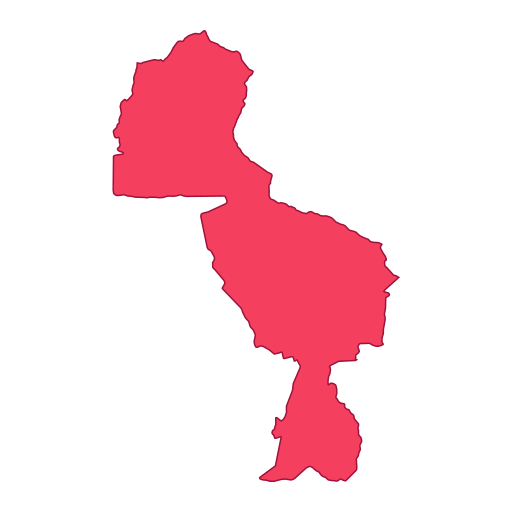 an SVG outline of Midlands
{"feature_id": "ZWE-527", "entity_name": "Midlands", "entity_type": "Province", "adm_level": 1, "iso_a3": "ZWE", "parent_name": "Zimbabwe", "parent_adm1": "", "projection": "robinson", "projection_center": [29.518, -19.087], "detail": "fine", "context": "isolated", "style": "filled", "palette": "rose", "viewbox_px": 512, "rotation_deg": 0, "n_neighbors": 0, "source": "natural_earth", "source_scale": "10m", "svg_char_len": 6049}
<svg xmlns="http://www.w3.org/2000/svg" viewBox="0 0 512 512"><path d="M349.2,230.1L354.6,231.6L356.3,232.4L357.9,234.1L360.4,236.1L364.8,238.1L368.2,239.3L370.3,241.5L371.0,241.8L374.1,242.4L376.8,242.5L378.9,242.8L381.9,244.2L380.6,246.6L380.5,247.8L380.8,248.9L382.9,252.8L385.3,256.3L386.3,259.0L386.2,260.1L385.0,260.7L384.6,262.4L384.5,263.1L384.8,264.3L384.6,265.2L384.8,265.8L387.2,268.0L393.4,275.0L396.3,275.9L398.8,277.4L384.8,289.9L383.8,291.4L384.9,292.0L388.0,292.8L388.7,293.2L389.3,294.0L389.4,294.8L388.9,295.7L385.9,297.6L385.7,298.6L385.5,308.0L384.4,314.1L385.1,317.6L385.1,320.0L383.4,329.3L383.3,333.7L382.2,337.3L381.9,339.5L382.2,342.7L383.0,343.7L383.2,344.1L383.0,344.6L381.4,345.4L378.5,346.2L377.2,346.3L376.0,346.2L373.0,345.3L369.5,343.3L360.0,343.6L359.1,344.2L358.0,346.5L357.9,347.1L358.2,348.2L358.7,348.8L358.7,349.8L359.3,351.0L359.2,351.6L358.4,352.9L356.0,354.8L355.8,355.3L355.6,356.9L355.8,357.7L355.4,359.4L356.6,359.7L356.1,360.2L354.9,360.5L338.7,361.3L330.6,365.4L329.9,366.0L329.5,366.6L330.1,367.4L330.5,369.9L329.8,374.0L328.6,376.4L328.0,381.1L328.1,384.4L328.4,384.7L329.0,384.4L330.8,383.2L332.4,383.3L334.0,383.9L335.4,384.8L335.9,385.6L336.7,388.9L336.8,393.5L336.0,396.3L336.0,397.6L336.2,398.2L337.1,398.9L338.4,401.4L339.6,402.5L341.6,403.4L343.5,403.6L344.5,404.0L344.7,404.5L344.6,406.4L345.0,407.5L345.7,408.4L346.5,409.1L348.3,409.5L349.2,410.1L350.5,412.7L353.5,415.1L353.9,416.2L354.3,418.8L358.5,423.9L358.6,425.4L358.0,427.7L358.0,428.5L358.5,430.3L358.5,433.8L359.1,435.5L360.9,437.5L361.7,440.6L361.5,441.9L360.2,444.4L359.8,445.8L360.3,448.8L360.1,450.2L359.0,452.4L358.3,455.9L356.8,458.0L356.3,459.2L356.8,467.6L356.6,469.5L355.8,470.7L345.9,480.6L345.0,480.8L343.0,480.2L341.1,479.0L340.3,479.1L337.7,480.8L336.4,481.1L333.8,480.6L331.9,480.6L328.4,479.9L327.5,479.3L325.9,477.6L323.1,476.5L321.9,475.7L320.9,474.8L319.0,472.1L316.3,470.8L312.3,467.3L310.9,466.6L309.7,466.5L308.7,466.7L306.4,467.8L294.6,478.5L292.6,479.6L290.6,479.9L285.6,479.1L284.0,479.1L280.9,479.5L274.0,481.3L269.9,481.2L266.2,480.2L263.0,479.9L261.0,479.3L259.9,478.7L259.6,477.8L260.9,476.6L275.1,466.1L275.5,465.4L281.1,437.5L281.0,436.8L280.4,436.7L276.2,438.2L275.3,438.3L274.7,438.0L274.0,435.8L272.1,433.3L272.0,432.7L272.2,431.7L272.7,430.5L274.0,429.7L274.6,429.0L274.6,427.6L275.6,425.1L275.8,423.9L275.8,417.8L276.4,417.6L277.2,417.9L280.5,420.5L281.5,420.9L283.0,419.7L284.7,417.4L285.4,415.7L286.5,412.4L286.4,407.7L286.5,406.0L292.5,390.4L293.3,383.5L299.9,368.2L300.2,367.0L300.2,365.9L297.1,360.1L296.3,360.1L294.9,361.1L294.2,360.9L293.5,358.1L292.8,356.8L291.4,356.7L284.4,358.6L283.5,358.3L282.0,352.2L280.9,352.2L279.4,352.9L274.3,354.0L269.2,349.8L262.7,346.2L260.3,345.9L258.6,346.8L256.9,347.3L255.8,347.0L254.7,344.8L254.2,342.4L254.2,341.0L255.3,335.4L255.2,334.5L253.4,330.1L250.7,327.2L249.9,325.8L249.0,322.3L248.2,320.8L245.9,318.5L245.1,317.2L242.7,312.3L241.7,309.1L240.3,307.3L222.7,289.0L222.2,288.2L224.4,284.3L224.7,283.5L224.7,282.1L224.4,281.3L223.8,280.2L214.8,269.5L213.6,268.5L212.7,267.2L212.6,262.6L214.2,260.1L214.5,257.5L214.1,256.5L211.2,251.3L210.5,250.5L208.6,249.6L207.8,248.7L207.2,247.4L200.9,216.9L201.0,214.8L201.7,213.8L202.7,213.3L208.1,211.9L225.6,203.8L226.5,203.0L227.0,201.7L226.9,200.7L226.5,199.4L225.2,196.6L224.5,196.1L223.5,196.0L186.1,196.4L182.8,195.7L181.2,194.9L180.0,194.8L177.3,195.7L173.8,196.2L167.5,196.1L162.9,197.5L158.8,197.7L155.5,197.3L150.3,197.2L146.8,197.8L144.9,197.5L134.9,197.1L131.7,196.3L127.6,196.0L124.2,194.7L118.3,195.5L117.0,195.5L115.6,195.1L113.7,193.5L113.2,190.2L113.5,156.5L113.9,155.9L114.4,155.5L117.2,154.9L122.6,154.2L123.1,153.9L123.3,153.6L123.0,152.7L122.5,152.3L119.1,151.1L118.0,150.3L117.6,149.6L117.5,148.9L117.7,148.3L119.6,146.5L120.0,145.4L120.0,144.1L119.4,142.5L119.3,138.8L119.1,138.0L118.7,137.5L118.1,137.4L116.6,137.9L115.9,137.8L114.9,137.1L114.3,135.8L113.5,132.4L113.4,131.2L114.1,130.0L116.4,127.8L116.9,126.7L117.3,124.7L118.0,123.9L118.9,123.4L119.2,122.9L119.3,122.2L119.1,119.6L119.9,117.2L121.2,114.5L121.3,113.7L121.3,112.7L120.2,106.4L121.2,102.6L123.8,100.0L124.7,99.5L125.6,99.8L126.4,100.6L126.8,100.7L127.2,100.5L129.8,97.9L132.6,94.6L132.7,93.0L132.1,90.4L132.1,89.5L133.2,84.9L134.1,82.9L133.7,77.9L135.1,73.4L135.9,72.0L135.9,70.5L137.0,67.1L137.2,62.9L140.5,63.5L141.8,63.2L143.0,62.5L153.2,59.9L154.8,59.7L158.6,60.4L159.2,60.3L160.4,59.7L160.9,59.7L162.7,61.2L163.3,61.2L163.7,61.0L165.0,59.2L167.3,57.4L171.2,52.0L173.3,47.6L177.2,42.4L178.2,41.5L179.6,41.1L182.6,41.4L183.5,40.7L185.0,38.4L188.7,35.7L194.2,33.7L196.0,33.5L198.8,34.0L200.2,33.8L203.8,30.9L204.3,30.7L204.8,30.8L205.9,32.1L206.7,34.9L208.1,37.3L208.7,39.0L209.9,40.8L210.7,41.5L217.6,44.1L220.5,46.7L223.3,47.5L225.5,49.2L231.8,51.7L233.6,51.9L236.2,51.2L237.0,51.3L238.2,52.1L239.9,53.7L240.6,55.3L241.4,58.9L242.0,60.5L248.7,69.0L250.3,69.9L252.1,70.6L252.8,71.1L253.1,71.6L252.1,74.0L251.4,74.8L248.9,76.7L247.0,80.4L245.4,81.8L244.7,82.7L244.5,83.3L244.9,84.7L246.4,86.6L246.7,89.8L246.4,92.7L246.3,95.5L246.0,96.8L245.2,98.3L243.2,100.1L243.2,101.5L244.7,103.3L244.9,104.0L244.2,105.7L241.6,108.5L240.8,112.7L238.9,115.6L238.3,117.4L237.1,119.5L234.5,126.7L233.6,128.2L233.3,130.0L232.9,131.0L232.8,131.8L233.5,134.7L233.5,137.3L234.4,140.2L235.2,141.5L237.0,143.6L237.2,145.6L237.6,146.7L240.3,149.4L241.7,152.3L244.3,155.4L247.9,157.7L250.1,161.0L250.9,161.4L253.6,162.3L267.3,172.0L271.1,173.9L271.7,174.5L272.0,175.1L271.9,176.5L270.6,180.9L270.5,183.3L269.3,184.7L268.9,185.7L269.2,191.7L269.0,195.3L269.6,197.1L270.3,198.5L271.0,199.1L273.9,200.2L277.8,202.8L278.8,203.3L280.8,202.7L283.9,203.3L285.6,203.8L286.8,204.6L288.9,206.6L291.2,206.4L293.4,207.5L294.3,207.8L295.1,208.4L295.9,209.8L296.5,210.3L298.5,210.9L302.4,212.8L306.7,213.6L308.4,212.2L310.7,211.6L311.6,211.8L314.9,213.6L317.5,213.9L320.4,215.6L323.0,216.0L326.2,215.9L329.7,216.9L332.3,218.3L336.0,222.1L338.2,223.0L340.5,224.2L342.8,224.7L344.9,225.6L349.2,230.1Z" fill="#f43f5e" stroke="#9f1239" stroke-width="1.5"/></svg>